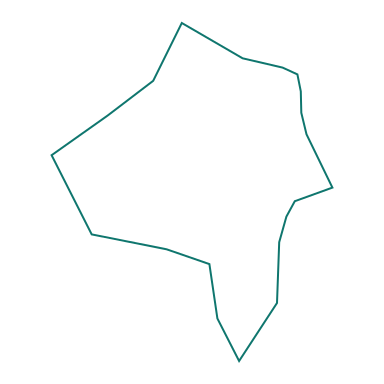 the border of Mersraga
{"feature_id": "LVA-5723", "entity_name": "Mersraga", "entity_type": "Municipality", "adm_level": 1, "iso_a3": "LVA", "parent_name": "Latvia", "parent_adm1": "", "projection": "mercator", "projection_center": [23.071, 57.316], "detail": "fine", "context": "isolated", "style": "outline", "palette": "teal", "viewbox_px": 384, "rotation_deg": 0, "n_neighbors": 0, "source": "natural_earth", "source_scale": "10m", "svg_char_len": 370}
<svg xmlns="http://www.w3.org/2000/svg" viewBox="0 0 384 384"><path d="M181.8,23.0L242.6,58.3L282.6,67.6L297.4,74.4L300.8,91.4L301.3,112.8L306.5,134.3L332.4,187.6L294.8,201.2L286.4,216.6L279.2,242.2L277.0,303.0L239.1,361.0L217.4,318.5L209.4,264.1L166.6,249.3L91.7,234.4L51.6,155.2L107.7,115.5L153.2,80.8L181.8,23.0Z" fill="none" stroke="#0f766e" stroke-width="2"/></svg>